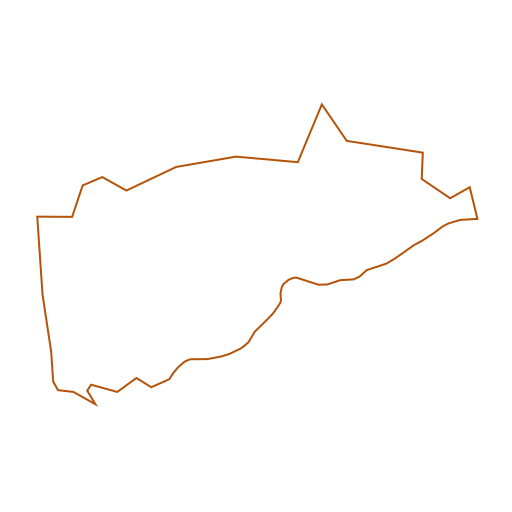 Pleasants, West Virginia, United States of America, rotated 182°
{"feature_id": "52423323B68684722164969", "entity_name": "Pleasants", "entity_type": "district", "adm_level": 2, "iso_a3": "USA", "parent_name": "United States of America", "parent_adm1": "West Virginia", "projection": "robinson", "projection_center": [-81.188, 39.372], "detail": "fine", "context": "isolated", "style": "outline", "palette": "amber", "viewbox_px": 512, "rotation_deg": 182, "n_neighbors": 0, "source": "geoboundaries", "source_scale": "gbopen_adm2", "svg_char_len": 935}
<svg xmlns="http://www.w3.org/2000/svg" viewBox="0 0 512 512"><g transform="rotate(182 256 256)"><path d="M338.4,129.8L334.5,136.3L329.9,142.2L325.0,146.8L322.7,148.5L318.2,150.5L300.8,151.3L287.5,154.3L278.9,157.3L267.6,163.3L264.8,165.6L260.4,169.7L254.6,180.3L242.9,192.6L237.0,199.2L233.4,204.6L230.2,209.9L229.5,212.2L230.2,219.4L229.2,225.6L227.5,229.0L222.4,233.5L217.5,235.6L214.8,235.8L192.7,229.5L183.9,230.0L171.0,234.8L157.7,236.0L151.7,239.1L144.8,245.8L125.3,253.0L116.5,258.7L98.5,272.4L90.6,277.0L79.2,285.0L70.6,292.0L64.7,295.3L53.3,299.2L36.0,300.8L44.8,332.2L64.0,320.5L93.1,338.8L92.9,365.1L169.3,374.2L195.5,409.8L217.5,351.2L279.6,354.6L339.0,342.2L387.8,316.9L412.4,329.5L431.7,320.5L441.1,288.7L476.0,287.7L468.0,210.0L457.4,153.4L454.3,123.4L449.2,115.0L433.8,113.8L411.3,102.2L420.0,115.5L416.3,121.6L389.9,115.3L371.3,129.9L356.1,121.2L338.4,129.8Z" fill="none" stroke="#b45309" stroke-width="2"/></g></svg>